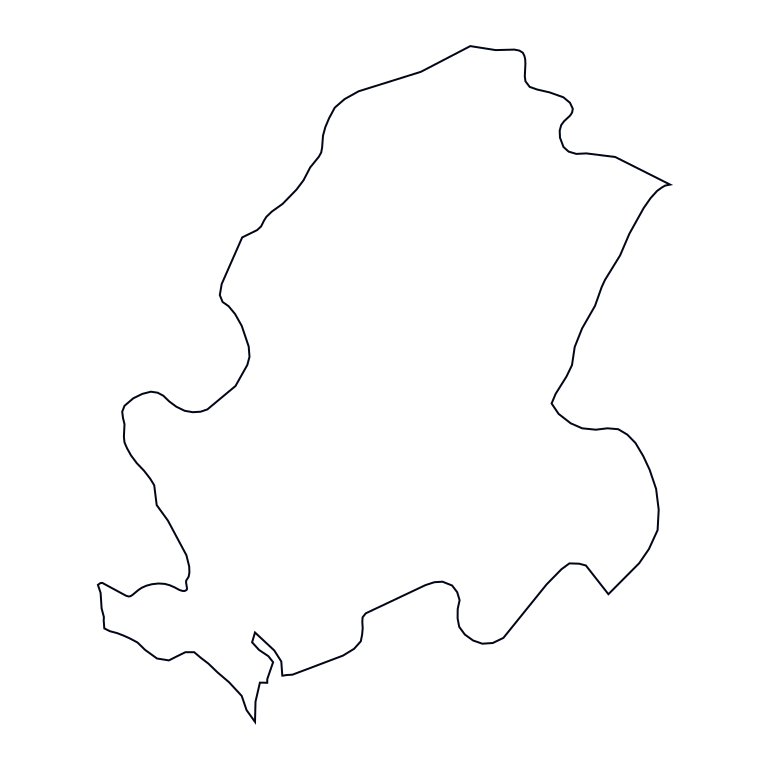 the border of Đồng Nai
{"feature_id": "VNM-497", "entity_name": "Đồng Nai", "entity_type": "Province", "adm_level": 1, "iso_a3": "VNM", "parent_name": "Vietnam", "parent_adm1": "", "projection": "mercator", "projection_center": [107.117, 11.067], "detail": "fine", "context": "isolated", "style": "outline", "palette": "ink", "viewbox_px": 768, "rotation_deg": 0, "n_neighbors": 0, "source": "natural_earth", "source_scale": "10m", "svg_char_len": 2653}
<svg xmlns="http://www.w3.org/2000/svg" viewBox="0 0 768 768"><path d="M264.1,682.7L259.9,682.7L255.5,701.7L255.0,721.9L246.6,710.2L241.7,695.9L229.1,682.3L217.2,672.1L208.4,663.6L200.7,657.7L194.2,652.2L185.4,652.2L176.6,656.5L168.9,660.4L157.0,658.5L145.1,649.9L137.5,642.5L129.4,638.2L123.3,635.5L117.1,633.1L109.9,631.2L104.3,628.4L103.7,620.3L103.9,617.1L101.6,608.4L100.6,592.9L97.9,584.9L100.4,583.1L102.3,582.9L126.0,595.7L128.7,596.5L130.4,596.2L132.4,595.0L138.4,590.0L141.7,587.8L146.4,585.7L152.0,584.2L158.6,583.5L164.9,583.9L169.9,585.3L174.9,587.5L179.5,590.0L182.4,590.9L184.4,591.0L185.7,590.5L186.7,589.8L187.0,588.9L186.9,587.6L186.1,582.7L186.1,581.0L186.7,579.7L187.8,578.2L188.7,576.5L189.4,572.5L189.2,566.5L186.4,555.2L167.9,520.6L156.7,505.1L154.2,485.2L150.2,478.7L144.0,470.7L136.8,463.2L131.0,455.4L127.0,448.2L124.5,442.4L123.9,436.9L124.5,424.2L123.0,417.9L122.2,411.8L124.5,405.8L133.3,398.3L142.3,393.9L150.9,391.7L157.6,392.7L163.3,395.7L169.2,401.4L176.3,406.7L184.7,410.8L192.8,412.2L200.6,411.7L207.4,409.4L235.5,386.0L247.3,365.0L249.5,356.8L248.7,346.5L241.7,325.8L235.0,313.9L228.5,306.1L222.6,302.0L219.8,295.1L221.7,284.0L242.2,237.4L257.1,230.1L261.1,226.4L264.0,220.6L266.4,216.8L271.8,211.6L282.6,203.9L296.5,189.6L303.5,180.3L310.2,167.4L318.8,156.8L321.2,152.5L322.1,147.6L323.0,135.7L325.3,127.2L329.0,118.4L334.8,107.6L344.6,99.1L358.6,91.3L420.9,71.8L470.3,46.1L495.7,50.1L514.3,49.6L519.4,50.6L522.8,52.7L524.4,55.9L525.2,59.3L525.4,63.8L524.8,76.4L525.5,81.4L529.7,86.9L537.1,89.5L549.6,92.4L563.4,97.3L570.0,102.8L572.8,108.8L572.1,112.5L570.2,115.5L564.0,121.3L561.2,125.1L559.7,130.7L560.0,137.7L563.5,147.0L568.6,151.6L576.3,153.9L586.4,153.4L615.2,157.0L670.1,184.6L665.1,185.6L662.0,187.4L657.1,190.9L650.6,198.1L643.7,208.0L629.4,233.7L620.1,255.4L605.0,279.9L601.7,287.0L595.0,305.9L582.1,328.4L574.7,347.0L572.0,365.1L566.5,376.5L555.6,393.9L551.6,403.5L558.6,413.9L570.7,423.3L582.1,428.3L595.8,429.7L607.4,428.3L618.2,429.2L627.3,434.6L635.5,443.0L643.3,456.2L649.6,469.7L656.1,488.9L658.7,509.7L657.6,530.1L648.9,549.1L639.2,563.2L608.4,594.2L585.9,565.5L579.2,563.7L569.4,563.4L561.5,569.2L546.6,584.4L503.4,637.9L492.8,643.0L482.3,643.7L473.1,640.5L464.8,634.5L459.2,626.8L457.6,618.4L457.7,609.0L459.6,600.2L457.2,592.2L452.1,585.5L442.5,581.7L434.4,582.2L425.5,585.1L365.8,613.3L362.6,617.3L362.3,621.8L362.7,628.3L362.1,634.8L360.8,641.3L354.1,648.8L343.0,655.6L292.4,674.7L286.9,675.0L282.6,675.7L282.3,675.7L281.3,661.5L274.3,650.5L255.0,632.5L252.1,642.3L259.0,649.9L268.4,656.2L273.1,662.2L267.3,679.0L267.2,682.8L264.1,682.7Z" fill="none" stroke="#020617" stroke-width="2"/></svg>